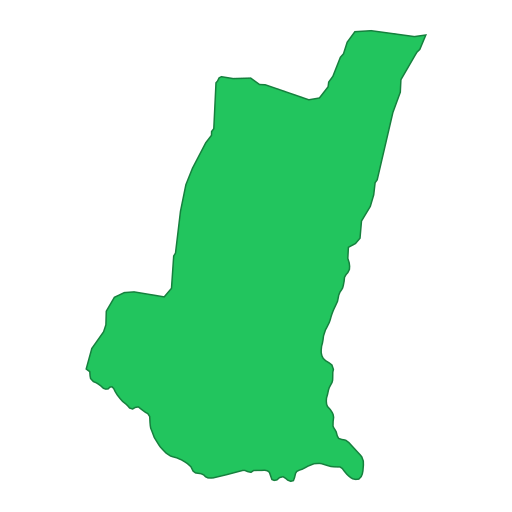 outline of Jerez, Jutiapa, Guatemala
{"feature_id": "79465075B56030865521274", "entity_name": "Jerez", "entity_type": "district", "adm_level": 2, "iso_a3": "GTM", "parent_name": "Guatemala", "parent_adm1": "Jutiapa", "projection": "natural_earth1", "projection_center": [-89.76, 14.081], "detail": "fine", "context": "isolated", "style": "filled", "palette": "green", "viewbox_px": 512, "rotation_deg": 0, "n_neighbors": 0, "source": "geoboundaries", "source_scale": "gbopen_adm2", "svg_char_len": 2846}
<svg xmlns="http://www.w3.org/2000/svg" viewBox="0 0 512 512"><path d="M265.3,84.8L259.5,84.5L250.7,78.1L233.2,78.6L221.4,76.7L219.1,77.9L217.5,81.1L216.0,82.8L213.8,128.7L211.6,131.5L211.5,135.3L205.8,142.7L192.5,168.2L185.9,184.7L180.5,211.2L175.5,253.1L173.7,256.0L171.5,288.3L164.2,296.9L134.1,291.9L124.3,292.6L114.4,297.3L106.3,311.2L105.9,324.8L103.6,331.8L91.8,348.5L86.2,369.0L89.8,371.7L90.1,375.9L90.6,378.6L93.4,381.6L96.1,382.7L98.2,384.0L100.6,385.7L103.4,388.3L105.7,389.1L108.1,388.9L109.9,387.1L112.0,386.8L113.7,388.5L115.2,391.6L117.3,395.0L120.2,398.7L122.6,401.4L126.1,404.2L128.0,406.1L129.6,408.0L132.6,409.0L135.3,407.4L138.4,406.9L140.7,408.8L145.4,412.3L147.8,413.6L149.7,416.5L149.9,419.8L150.0,422.2L150.3,425.7L150.7,428.1L151.9,431.1L154.3,437.5L159.0,445.1L160.5,447.2L163.0,449.9L166.0,453.0L168.5,454.7L170.5,456.0L172.6,456.7L177.0,457.9L179.4,459.0L181.4,459.8L184.9,461.9L187.3,463.5L190.9,466.7L193.1,471.1L195.5,472.9L197.5,473.2L201.1,473.7L203.7,474.9L205.6,476.8L208.0,477.9L210.9,478.0L213.1,477.9L226.5,474.7L242.8,470.4L244.8,470.4L247.7,471.6L251.0,472.3L253.6,470.5L257.3,470.4L261.6,470.4L264.6,470.2L267.4,470.8L269.4,472.3L270.6,475.8L271.9,479.5L274.2,480.4L276.9,479.9L279.5,477.6L283.1,476.7L286.1,478.7L287.7,480.1L290.7,481.3L293.4,480.6L294.5,477.7L295.6,473.2L296.8,471.4L299.4,470.1L302.2,469.2L305.5,467.5L308.0,466.1L312.3,464.4L314.1,463.7L317.0,463.5L319.2,463.4L321.3,463.6L324.5,464.6L326.7,465.3L330.9,466.5L334.1,466.8L337.3,466.9L339.9,466.9L342.3,468.5L344.3,471.2L346.8,474.2L348.7,476.0L350.7,477.6L352.7,478.8L355.6,479.4L358.8,479.1L361.2,476.6L362.3,473.9L362.9,470.9L363.4,465.0L363.3,461.1L361.8,456.9L360.3,455.0L357.3,451.8L348.9,442.6L345.8,440.3L343.9,439.8L341.8,439.5L338.6,438.4L337.2,435.7L336.2,431.9L335.1,429.9L333.9,428.1L333.0,426.1L333.1,421.5L333.6,417.3L333.1,414.5L332.2,412.5L330.3,409.6L327.5,406.5L326.6,404.3L326.3,401.0L326.5,398.0L327.5,394.5L328.5,389.9L329.3,387.5L330.3,385.6L332.0,382.5L332.6,380.2L332.7,377.8L332.8,372.1L333.4,369.4L331.9,365.0L329.2,362.9L325.6,360.7L323.2,358.4L321.9,355.8L321.2,352.7L321.2,349.9L321.6,346.1L322.4,343.2L323.0,339.9L323.5,335.9L324.5,332.8L325.5,329.8L326.7,327.6L328.2,324.6L329.2,322.6L330.2,319.8L331.1,316.5L332.1,313.5L333.1,310.9L334.0,308.8L335.4,305.9L337.5,301.3L338.3,297.4L338.7,295.2L340.0,292.0L341.5,289.9L342.6,288.0L343.3,285.5L344.1,281.2L344.5,277.3L346.1,274.5L347.8,272.6L349.4,269.4L349.6,266.3L349.2,262.9L347.8,258.4L348.4,247.3L355.5,243.5L360.0,238.2L361.5,221.0L370.3,206.4L373.7,194.9L375.1,182.7L377.2,179.8L392.9,112.4L400.3,92.2L400.9,79.7L415.4,54.7L417.0,52.1L419.8,49.4L425.8,35.0L414.4,36.6L371.2,30.7L354.9,31.7L347.2,42.2L343.5,53.8L340.4,57.3L332.9,76.3L328.7,82.1L328.1,86.8L319.4,98.0L308.8,99.8L265.3,84.8Z" fill="#22c55e" stroke="#15803d" stroke-width="1.5"/></svg>